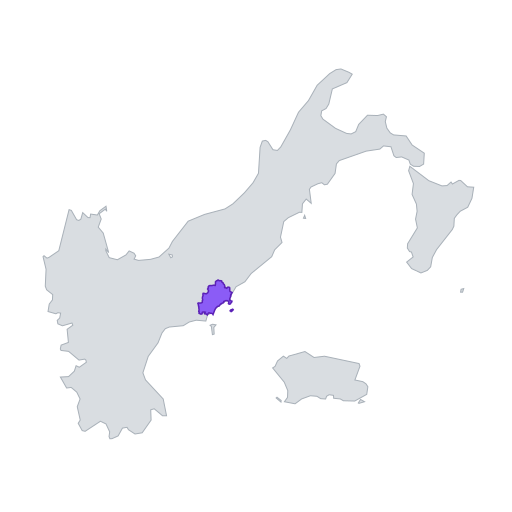 Grosseto on a map of Italy (Natural Earth projection), rotated 274°
{"feature_id": "ITA-5379", "entity_name": "Grosseto", "entity_type": "Province", "adm_level": 1, "iso_a3": "ITA", "parent_name": "Italy", "parent_adm1": "", "projection": "natural_earth1", "projection_center": [11.272, 42.756], "detail": "fine", "context": "in_parent", "style": "filled", "palette": "violet", "viewbox_px": 512, "rotation_deg": 274, "n_neighbors": 0, "source": "natural_earth", "source_scale": "10m", "svg_char_len": 6315}
<svg xmlns="http://www.w3.org/2000/svg" viewBox="0 0 512 512"><g transform="rotate(274 256 256)"><path d="M76.7,90.3L80.1,92.1L93.2,88.2L101.1,90.5L107.7,86.7L112.0,80.8L111.1,76.3L121.6,69.3L122.6,77.4L128.4,82.8L134.0,84.2L132.7,87.5L138.2,94.2L140.4,93.5L141.2,92.3L139.8,86.7L147.8,75.7L148.2,68.1L149.6,67.3L153.5,67.8L156.7,74.9L169.7,72.7L174.2,78.1L176.3,77.1L172.9,67.8L174.5,63.1L177.9,62.2L180.4,64.5L185.4,65.1L185.6,62.3L184.4,60.4L186.1,52.4L193.6,53.1L198.0,56.0L203.3,55.9L207.7,49.5L211.2,47.9L228.1,47.5L240.5,43.6L241.5,44.5L239.3,47.6L240.1,49.5L247.5,58.9L289.2,66.3L288.6,68.6L279.7,74.5L279.1,76.7L280.5,78.7L287.2,80.1L282.6,85.7L282.7,87.8L286.3,88.1L285.8,94.9L290.2,97.0L295.2,102.9L290.2,104.0L292.2,102.4L287.2,96.6L282.1,99.0L273.8,96.6L268.2,102.0L249.1,108.8L252.5,105.7L251.0,105.7L244.1,109.7L242.6,118.0L248.0,126.2L252.2,129.1L250.3,134.1L247.8,136.0L244.4,134.6L243.4,139.1L245.3,151.0L248.2,159.3L257.8,168.6L264.7,171.6L286.0,185.9L293.9,201.8L300.8,221.8L306.4,229.3L318.2,240.0L328.8,247.9L338.7,252.7L364.6,252.5L371.1,254.3L372.0,257.6L370.8,259.9L363.2,265.5L362.8,270.0L366.5,273.1L384.2,281.5L402.4,288.4L414.7,297.5L430.6,305.1L443.1,316.8L447.5,322.9L448.5,327.7L445.7,336.0L444.1,339.3L435.3,334.6L428.0,320.5L412.6,318.0L408.0,315.6L405.4,311.4L400.5,310.9L397.2,313.2L388.9,326.4L384.6,337.8L384.4,342.4L387.0,346.8L394.5,349.3L404.2,357.4L404.6,367.5L406.4,373.2L404.0,376.4L399.1,375.6L392.7,377.6L388.2,381.3L386.4,384.8L386.2,397.4L377.6,404.0L370.3,416.7L359.4,416.8L356.7,412.9L356.5,407.0L358.4,403.5L362.4,401.8L365.0,394.4L364.0,389.0L365.6,386.6L374.4,383.0L374.7,375.5L371.3,372.1L368.3,358.6L357.0,332.4L353.5,329.8L343.9,329.1L332.6,322.2L331.8,319.3L333.7,316.5L332.4,312.7L328.7,306.1L326.3,304.6L312.4,307.4L316.3,302.1L311.3,298.7L302.7,298.7L302.7,296.3L296.5,285.6L292.3,281.3L276.5,279.1L271.3,281.0L263.5,274.2L256.4,271.7L238.2,252.4L229.5,246.7L224.0,238.3L212.9,232.7L207.9,234.1L206.6,233.0L209.3,231.4L208.7,228.2L201.3,219.8L196.9,217.2L193.9,211.8L187.6,210.5L187.8,200.9L185.5,194.0L181.4,188.3L179.1,174.5L177.2,170.6L172.7,167.6L162.5,164.3L148.4,155.5L131.6,151.3L124.7,154.4L106.9,173.4L90.4,177.9L90.1,173.9L96.5,165.1L95.2,161.7L85.0,162.8L71.7,154.8L70.0,147.7L73.8,140.9L76.1,139.3L75.0,134.8L66.9,131.0L63.7,125.0L63.5,123.0L65.6,122.0L70.4,122.3L78.0,118.1L80.3,112.3L69.2,97.8L69.7,94.8L76.7,90.3ZM251.2,172.4L251.7,168.9L248.3,171.1L249.3,172.7L251.2,172.4ZM356.2,403.2L343.2,423.1L338.9,436.6L339.6,441.7L343.4,445.4L341.5,446.9L345.6,453.2L345.6,454.9L339.8,462.1L339.8,468.4L328.6,467.4L319.4,463.8L314.9,456.6L311.2,453.6L307.4,451.2L299.5,451.3L296.0,449.9L275.0,435.7L266.8,432.0L257.4,431.0L253.6,427.9L250.6,421.7L254.3,412.1L260.4,406.7L266.0,412.8L270.8,410.8L271.1,408.9L274.5,406.4L278.8,406.4L295.3,415.0L303.9,412.6L311.8,413.6L319.0,412.4L328.3,407.4L339.2,408.0L351.7,402.3L356.2,403.2ZM158.5,295.8L164.1,311.5L158.8,321.0L160.8,331.3L155.9,366.3L153.3,367.4L139.2,363.3L138.1,371.3L136.2,374.6L133.4,376.7L125.7,376.1L118.2,364.6L117.7,353.3L119.3,350.0L119.5,343.4L122.4,343.0L122.7,338.6L121.0,336.2L118.2,335.4L118.2,330.5L120.3,326.6L120.4,320.0L116.6,311.5L111.3,305.3L112.6,294.5L117.1,297.3L123.9,297.1L132.1,293.0L145.5,280.4L147.2,282.7L152.8,284.8L158.0,290.3L156.0,293.8L158.5,295.8ZM183.7,215.0L184.9,217.5L184.5,220.9L181.8,218.9L175.2,219.7L174.5,218.0L182.6,216.4L183.7,215.0ZM120.2,370.3L118.2,374.4L116.2,369.0L116.5,368.3L120.2,370.3ZM116.6,286.8L113.6,291.2L112.0,291.1L115.8,286.0L116.6,286.8ZM238.0,465.5L234.3,464.6L234.2,462.6L237.1,462.9L238.0,465.5ZM300.0,301.7L296.9,302.9L297.0,300.7L300.0,301.7Z" fill="#d9dde1" stroke="#a8b0b8" stroke-width="1"/><path d="M217.9,234.7L216.9,234.2L216.1,234.0L216.1,233.7L215.8,233.5L215.5,233.4L215.1,233.4L214.8,233.4L215.0,233.7L214.1,233.7L211.7,232.8L211.2,232.8L210.7,232.8L210.1,232.9L209.9,233.2L209.8,233.9L209.3,234.5L209.2,235.1L208.9,234.9L208.6,234.9L208.4,235.0L208.1,234.8L207.6,234.3L206.7,234.0L206.3,233.6L206.1,232.9L206.1,232.5L206.5,231.9L206.9,231.8L207.9,232.1L208.6,232.0L209.1,231.4L209.4,230.4L209.4,229.4L209.3,228.7L208.7,227.7L208.4,227.0L208.1,227.0L207.7,227.2L207.0,226.7L206.8,225.9L206.4,225.2L205.9,225.0L205.8,224.2L205.0,223.6L203.5,222.7L203.3,222.2L203.2,221.6L203.0,221.0L202.7,220.8L202.4,220.6L201.5,219.7L199.8,218.8L194.6,217.2L195.4,216.6L195.7,215.9L195.7,215.1L195.7,214.2L195.8,213.9L196.0,213.7L196.0,212.9L195.7,212.5L195.2,212.2L193.8,211.6L194.0,211.1L194.6,210.5L194.7,210.1L194.7,209.0L194.8,208.7L195.2,208.5L195.4,208.6L195.9,209.1L196.4,209.3L196.5,208.6L196.4,206.9L196.2,206.4L195.8,206.3L194.8,206.3L194.4,206.1L194.3,205.7L194.3,205.2L194.2,204.8L194.5,204.2L194.8,203.2L195.1,203.1L195.5,203.3L196.1,203.4L196.4,202.9L196.5,202.8L196.9,202.7L197.8,202.9L198.2,203.0L200.5,202.5L201.1,202.6L202.1,202.1L203.4,201.9L204.6,201.3L205.0,201.5L205.2,202.0L205.1,203.5L205.3,204.2L205.5,204.9L205.9,205.6L206.2,205.7L207.4,205.5L207.6,205.5L208.1,205.8L208.4,205.9L210.3,205.4L211.5,205.5L212.7,205.9L212.9,205.9L214.1,205.7L215.0,205.8L215.1,206.2L215.2,206.6L215.1,207.0L214.9,207.4L214.9,209.2L216.1,210.5L217.8,211.1L219.2,210.4L219.7,210.0L220.1,210.2L220.4,210.5L220.8,210.6L221.4,210.5L221.7,210.4L221.9,210.5L223.1,211.3L223.3,212.1L223.4,214.0L223.8,215.3L224.0,216.1L223.8,216.7L223.8,217.4L225.0,217.5L227.5,217.4L228.3,218.1L228.5,218.3L228.6,218.5L228.7,219.0L228.9,219.2L229.0,219.3L229.3,219.5L229.4,219.9L229.4,220.0L229.3,220.3L229.2,220.5L228.9,220.7L228.8,221.0L228.8,221.4L228.9,222.6L228.8,223.1L228.8,223.4L228.7,223.5L228.0,223.6L227.9,223.6L227.7,223.7L227.6,223.8L227.3,224.5L227.2,224.7L227.1,224.8L226.9,225.0L226.7,225.2L226.1,225.3L225.9,225.4L225.8,225.6L225.4,226.2L225.3,226.3L225.2,226.4L223.4,227.1L223.2,227.1L222.9,226.8L222.6,226.8L222.3,226.9L222.2,227.0L222.2,227.3L222.3,227.5L222.3,227.8L222.3,228.1L221.8,228.6L221.7,228.8L221.7,229.0L221.8,229.1L222.7,229.8L222.9,230.0L223.0,230.1L223.0,230.3L223.0,230.6L223.0,231.2L222.9,231.5L222.7,231.8L222.4,232.0L219.4,232.3L219.1,232.4L218.8,232.6L218.7,232.8L217.9,234.7L217.9,234.7ZM199.9,234.2L200.5,234.7L200.9,235.6L201.0,236.1L201.3,236.5L200.8,237.0L200.3,236.7L199.1,235.6L198.8,235.1L199.3,234.7L199.3,234.2L199.5,234.0L199.9,234.2Z" fill="#8b5cf6" stroke="#5b21b6" stroke-width="1.5"/></g></svg>